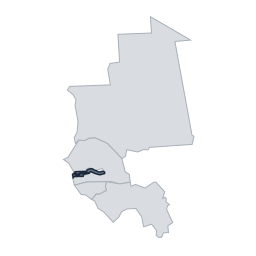 Gambia highlighted, Albers equal-area conic projection, rotated 358°
{"feature_id": "GMB", "entity_name": "Gambia", "entity_type": "country or territory", "adm_level": 0, "iso_a3": "GMB", "parent_name": "Africa", "parent_adm1": "", "projection": "albers", "projection_center": [-15.506, 13.438], "detail": "fine", "context": "with_neighbors", "style": "filled", "palette": "slate", "viewbox_px": 256, "rotation_deg": 358, "n_neighbors": 4, "source": "natural_earth", "source_scale": "50m", "svg_char_len": 2524}
<svg xmlns="http://www.w3.org/2000/svg" viewBox="0 0 256 256"><g transform="rotate(358 128 128)"><path d="M72.1,169.8L67.7,161.2L62.4,157.2L67.1,155.1L78.5,138.2L83.8,139.1L89.0,136.7L95.0,136.6L107.1,142.7L120.8,158.3L123.6,171.5L127.7,174.5L128.3,182.3L117.6,183.6L109.8,181.0L84.6,180.6L72.4,183.2L70.7,174.7L80.5,175.0L89.0,170.8L98.3,173.3L103.0,170.8L100.8,167.6L93.9,169.4L89.6,166.7L86.2,166.9L83.8,169.5L72.1,169.8Z" fill="#d9dde1" stroke="#a8b0b8" stroke-width="1"/><path d="M68.8,88.0L71.1,84.4L111.9,84.3L109.8,68.5L112.3,62.9L121.9,61.8L121.2,34.0L154.8,33.9L154.3,17.6L193.6,42.3L177.9,43.2L191.7,137.4L193.6,138.7L191.5,146.6L148.7,148.1L147.2,150.6L143.0,150.0L137.0,152.3L126.1,149.7L124.4,156.2L120.8,158.3L107.1,142.7L95.0,136.6L89.0,136.7L83.8,139.1L78.5,138.2L74.9,141.7L74.0,135.7L77.0,130.3L78.3,119.9L75.9,103.5L77.0,98.0L74.3,92.8L68.8,88.0Z" fill="#d9dde1" stroke="#a8b0b8" stroke-width="1"/><path d="M104.6,180.9L117.6,183.6L128.3,182.3L129.0,186.3L133.5,184.7L143.0,188.6L152.0,183.0L154.1,183.2L162.5,193.1L160.1,199.6L162.4,198.5L163.8,199.7L163.3,203.0L166.7,206.1L164.6,207.1L163.8,210.8L169.4,224.1L164.4,227.1L164.8,234.0L159.9,233.9L157.8,238.4L154.7,238.4L152.4,236.1L153.1,231.7L148.3,225.0L140.1,227.3L138.6,217.2L133.0,208.7L124.3,208.8L118.8,211.3L115.7,216.7L109.9,221.7L100.7,210.9L95.2,207.3L92.3,199.9L89.2,198.1L94.0,192.7L97.3,192.9L104.2,189.5L103.3,185.9L104.6,180.9Z" fill="#d9dde1" stroke="#a8b0b8" stroke-width="1"/><path d="M72.4,183.2L84.6,180.6L104.6,180.9L103.3,185.9L104.2,189.5L97.3,192.9L94.0,192.7L89.2,198.1L83.4,193.5L78.8,192.8L72.4,183.2Z" fill="#d9dde1" stroke="#a8b0b8" stroke-width="1"/><path d="M73.7,169.9L76.4,169.8L79.7,169.9L83.3,169.9L85.0,169.9L85.9,168.4L87.6,167.7L89.4,167.4L90.3,167.5L91.2,167.7L93.0,169.0L94.2,169.3L95.1,169.6L95.8,170.2L96.9,170.8L97.8,171.0L98.3,170.9L99.2,170.7L99.7,170.5L101.5,170.4L102.9,171.1L103.2,171.9L103.0,172.7L101.2,173.1L98.7,173.8L96.6,173.4L94.1,172.5L92.6,171.9L92.0,171.6L91.1,171.2L90.3,170.7L89.5,170.5L88.9,170.3L88.5,170.5L88.2,171.1L87.9,171.7L87.4,172.0L85.3,172.3L83.4,172.5L82.4,172.7L81.8,172.8L81.5,174.7L79.4,174.7L77.3,174.6L75.1,174.7L72.8,174.7L72.1,175.1L71.5,175.7L71.4,174.8L70.9,172.6L71.7,171.7L72.5,171.1L73.1,171.6L73.3,172.5L73.8,173.1L75.3,173.4L76.8,173.2L77.8,173.3L77.7,172.8L78.0,172.2L79.9,171.9L81.9,171.7L83.9,171.3L85.5,171.4L85.9,171.2L84.4,170.9L81.4,171.3L78.3,171.5L76.0,172.6L75.0,172.5L74.0,171.3L73.7,169.9Z" fill="#64748b" stroke="#1e293b" stroke-width="1.5"/></g></svg>